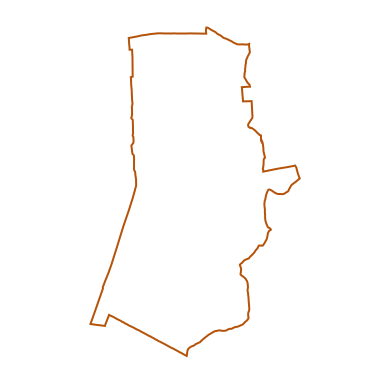 the district of Lat Krabang, Bangkok Metropolis, Thailand, rotated 87°
{"feature_id": "78962969B46231034587858", "entity_name": "Lat Krabang", "entity_type": "district", "adm_level": 2, "iso_a3": "THA", "parent_name": "Thailand", "parent_adm1": "Bangkok Metropolis", "projection": "orthographic", "projection_center": [100.783, 13.745], "detail": "fine", "context": "isolated", "style": "outline", "palette": "amber", "viewbox_px": 384, "rotation_deg": 87, "n_neighbors": 0, "source": "geoboundaries", "source_scale": "gbopen_adm2", "svg_char_len": 5904}
<svg xmlns="http://www.w3.org/2000/svg" viewBox="0 0 384 384"><g transform="rotate(87 192 192)"><path d="M321.2,286.0L319.4,285.3L313.0,282.4L310.4,281.3L312.9,276.7L314.2,274.7L315.8,272.0L316.2,271.2L316.6,270.6L316.8,270.1L318.1,268.3L318.3,267.7L318.9,266.8L319.9,265.5L320.0,265.0L320.4,264.3L322.3,261.5L322.7,260.5L323.9,258.5L323.9,258.4L324.3,257.5L324.6,257.0L325.1,256.3L325.4,255.9L325.9,255.1L326.7,253.8L326.7,253.5L326.8,253.4L327.8,251.5L328.2,251.1L328.7,250.1L329.5,249.0L330.0,248.0L332.5,243.9L333.2,242.8L333.7,242.1L333.8,241.9L333.9,241.3L334.0,241.1L334.9,239.9L335.1,239.6L336.1,237.7L336.5,237.4L337.9,235.0L339.4,232.7L339.8,231.8L340.7,230.3L342.1,227.9L346.3,221.1L347.4,219.0L350.4,214.1L350.8,213.5L351.2,213.0L351.8,211.7L352.9,210.0L355.5,205.9L354.2,205.5L353.1,205.4L351.9,205.2L350.3,204.8L349.6,204.6L349.0,204.3L347.9,203.3L346.8,201.8L346.3,200.8L346.1,200.3L345.6,198.6L345.3,197.9L344.8,197.1L344.6,196.9L344.3,196.7L342.3,191.7L341.0,190.4L337.3,185.6L337.0,185.1L335.5,182.9L335.0,182.1L334.7,181.4L333.2,178.6L332.3,176.7L332.1,175.6L332.1,175.1L332.1,174.7L331.8,173.8L331.6,171.8L331.7,171.0L332.1,169.6L332.3,168.4L332.3,167.0L332.3,166.3L332.2,165.8L331.9,164.6L331.4,163.7L330.7,162.1L330.7,161.7L330.6,161.1L330.6,160.4L330.7,160.2L330.6,159.3L329.8,157.8L329.4,156.6L329.1,156.0L329.0,155.5L329.1,154.6L329.0,154.1L328.6,152.6L327.1,148.7L326.7,147.9L324.8,146.0L324.1,145.1L323.6,144.3L322.6,143.4L321.5,142.5L321.3,142.2L318.7,142.3L317.8,142.3L317.4,142.3L316.3,142.3L315.0,141.9L314.6,141.8L313.9,141.4L313.0,141.1L312.1,140.9L311.5,140.9L305.8,141.0L304.4,141.1L299.9,141.1L297.9,141.3L297.6,141.2L294.8,141.5L293.2,141.7L290.0,141.1L288.8,141.1L286.8,141.2L285.6,141.3L284.2,141.6L281.3,143.1L279.0,145.5L277.6,147.3L277.2,147.6L277.0,147.8L276.4,147.8L274.0,147.3L272.7,147.2L271.7,146.9L269.3,147.4L268.0,147.9L267.6,148.0L267.2,148.0L266.9,147.8L266.4,147.3L266.1,146.8L265.8,146.4L265.3,145.6L263.8,144.3L263.0,143.4L262.3,141.8L261.3,138.8L260.8,138.3L259.9,137.6L258.5,136.0L257.6,134.9L256.1,133.4L255.0,132.4L254.4,132.1L253.9,131.7L253.0,130.9L252.0,129.9L251.2,129.3L250.5,129.0L249.4,128.3L248.9,127.8L249.1,127.2L249.1,125.2L249.2,124.9L249.3,124.4L249.1,124.0L246.9,122.3L243.1,119.9L240.9,119.2L240.3,119.0L239.5,118.9L237.4,118.4L235.7,117.6L235.2,117.3L235.0,117.1L234.7,116.6L234.4,116.2L233.8,115.2L232.9,115.6L232.4,116.0L232.2,116.3L231.3,117.9L231.0,118.1L230.3,118.4L227.2,119.5L224.9,120.1L223.0,120.3L222.5,120.3L220.5,120.3L219.0,120.2L216.5,120.3L214.3,120.2L213.8,120.1L211.6,120.2L208.9,120.4L207.3,120.3L205.8,120.0L205.0,119.9L204.7,119.9L203.5,119.3L201.9,118.9L198.7,118.1L197.5,117.6L194.9,116.4L194.2,116.0L193.8,115.6L193.6,115.2L193.6,114.5L193.6,114.3L194.7,112.3L195.2,111.7L196.8,109.7L197.4,108.7L198.1,107.4L198.4,106.5L198.6,105.4L198.6,104.4L198.9,101.8L198.9,101.4L198.6,100.3L198.3,99.5L197.4,98.1L196.5,96.2L196.3,96.0L195.4,95.4L194.7,95.2L192.5,93.7L191.4,93.1L190.2,92.2L189.3,91.0L187.5,88.2L184.1,83.7L183.3,84.0L179.1,85.3L174.8,86.2L172.8,86.6L171.0,87.7L171.1,87.9L172.2,95.9L173.1,104.3L173.6,107.9L175.4,119.8L173.4,119.7L173.1,119.8L172.8,120.1L171.9,120.0L171.2,119.7L170.0,119.4L168.0,119.1L164.3,118.8L163.7,118.7L162.7,118.4L162.0,117.8L161.6,117.3L158.2,117.9L156.4,118.2L155.8,118.4L154.6,118.5L153.4,118.5L152.3,118.4L150.7,118.5L147.5,118.8L146.2,119.0L146.2,119.6L144.4,119.6L144.4,120.3L139.1,120.2L138.8,120.8L138.7,121.3L138.6,121.6L137.5,122.3L137.1,122.9L136.7,123.5L136.2,123.6L135.2,124.7L134.6,125.2L133.9,125.7L132.6,127.2L131.5,128.6L131.3,129.0L131.1,130.2L130.7,130.6L130.8,131.1L130.4,131.5L129.9,132.1L129.6,132.3L129.4,132.3L127.8,132.5L127.5,132.4L126.9,132.0L126.3,131.6L124.0,130.0L121.5,128.1L121.1,127.9L119.5,127.7L118.4,127.6L117.9,127.7L104.4,127.7L104.2,136.3L103.9,136.3L91.0,136.7L89.9,136.8L89.9,136.2L89.9,135.2L89.8,131.7L89.9,128.6L88.1,128.9L88.0,129.0L87.6,129.2L86.6,130.1L85.1,131.2L82.2,132.6L81.1,133.2L80.3,133.6L80.0,133.7L79.6,133.7L77.8,133.5L75.8,133.2L73.9,132.6L71.5,132.5L70.7,132.3L69.8,132.1L68.5,132.0L67.5,131.8L66.6,131.4L64.9,131.4L63.6,131.0L62.4,130.8L61.2,130.0L60.2,129.6L59.2,129.1L58.0,128.3L55.5,126.9L55.3,126.9L53.2,127.1L52.7,127.1L51.3,127.2L48.5,127.4L47.1,127.2L47.2,127.5L47.5,128.4L47.6,129.2L47.6,130.3L47.1,134.6L47.2,135.3L47.0,138.1L46.8,139.0L46.5,139.8L44.9,142.7L44.7,143.1L43.6,144.5L42.7,146.2L40.9,149.4L40.3,150.8L40.2,151.4L39.8,152.3L39.0,153.3L37.6,154.8L37.2,155.3L36.4,156.6L35.8,157.8L35.2,158.6L34.1,159.6L33.5,160.3L32.1,162.6L31.7,163.4L31.0,164.5L30.4,165.2L29.4,166.7L28.8,167.7L28.5,169.0L29.0,169.1L29.8,169.4L31.9,169.7L34.6,169.5L34.6,169.9L34.5,170.2L34.5,171.7L34.4,172.7L34.2,175.8L34.1,177.1L33.6,184.4L33.5,185.9L33.5,187.1L33.3,192.7L33.1,195.0L33.1,196.2L33.0,198.5L32.7,201.0L32.6,202.8L32.7,204.4L32.7,204.7L32.5,205.4L32.5,205.8L32.3,209.5L32.2,211.5L31.9,214.8L31.7,218.6L31.8,218.7L31.9,218.8L31.9,219.0L31.9,221.1L32.1,224.4L32.3,227.0L32.6,228.9L32.9,232.8L32.9,233.4L33.5,237.2L33.8,238.6L34.9,247.1L40.9,247.0L43.5,246.9L44.9,246.8L46.6,246.9L46.8,244.4L54.6,244.4L73.7,245.2L74.1,247.1L75.4,247.0L81.7,247.1L87.1,246.9L97.2,247.0L100.1,246.8L101.3,246.9L103.6,247.6L107.3,247.6L111.9,247.8L112.7,248.0L114.8,248.8L115.1,248.7L115.8,248.2L116.8,247.5L117.4,247.4L119.1,247.4L130.7,247.8L130.8,247.8L131.5,248.2L131.9,248.3L132.9,248.2L133.1,248.1L133.8,247.7L134.1,247.7L138.4,247.7L139.0,247.8L140.1,248.2L140.5,248.5L142.1,249.9L142.5,250.1L150.7,249.5L151.0,249.3L151.8,248.6L152.1,248.4L152.4,248.2L153.1,248.1L155.2,248.1L166.2,248.7L167.0,248.6L168.9,247.8L169.7,247.7L173.1,247.6L174.2,247.4L177.1,247.2L182.9,247.5L185.3,248.3L186.9,248.8L195.5,251.7L206.4,255.8L223.1,262.5L242.7,269.7L260.6,276.4L268.5,279.7L276.4,283.4L282.5,286.1L283.7,286.0L304.8,294.6L318.5,300.3L319.7,294.3L320.9,287.4L321.2,286.0Z" fill="none" stroke="#b45309" stroke-width="2"/></g></svg>